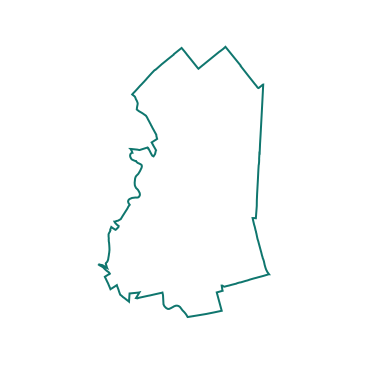 outline of Nuci, Ilfov, Romania, rotated 45°
{"feature_id": "2599482B37933054292549", "entity_name": "Nuci", "entity_type": "district", "adm_level": 2, "iso_a3": "ROU", "parent_name": "Romania", "parent_adm1": "Ilfov", "projection": "orthographic", "projection_center": [26.307, 44.722], "detail": "fine", "context": "isolated", "style": "outline", "palette": "teal", "viewbox_px": 384, "rotation_deg": 45, "n_neighbors": 0, "source": "geoboundaries", "source_scale": "gbopen_adm2", "svg_char_len": 5815}
<svg xmlns="http://www.w3.org/2000/svg" viewBox="0 0 384 384"><g transform="rotate(45 192 192)"><path d="M304.5,195.8L304.6,195.7L302.1,195.3L301.5,195.2L301.0,195.0L299.4,194.5L299.2,194.4L297.5,193.6L294.8,192.1L293.9,191.5L291.9,190.2L290.0,189.2L288.9,188.8L287.8,188.1L286.4,187.4L283.8,185.8L282.2,184.9L274.9,180.7L273.9,180.1L272.6,179.4L271.9,179.1L271.3,178.7L270.8,178.4L270.6,178.3L270.5,178.2L269.7,177.7L266.7,175.7L266.1,175.4L265.0,174.6L264.3,174.3L261.1,172.3L258.7,171.0L255.2,168.8L253.3,167.6L253.7,167.2L254.4,166.5L255.7,165.4L247.7,156.1L243.7,152.0L240.4,148.4L239.2,147.1L230.7,137.6L223.0,129.1L220.1,125.8L219.7,125.1L219.4,124.8L218.7,123.9L216.6,121.6L216.2,121.3L213.6,118.4L212.1,116.8L212.4,116.7L212.1,116.4L206.5,110.3L206.3,110.1L199.9,102.9L184.9,86.2L176.7,77.1L172.1,72.0L169.2,68.8L166.4,65.7L166.2,66.0L166.1,66.7L166.1,67.3L166.0,68.1L165.6,71.4L165.4,71.6L165.1,71.7L164.0,71.7L162.2,71.4L159.8,71.2L158.2,71.0L150.4,70.1L137.2,68.5L137.0,68.2L130.1,67.5L113.0,65.7L112.9,68.4L112.8,69.4L112.6,70.7L112.5,71.2L112.5,71.7L112.4,72.4L112.3,72.9L112.2,73.0L110.1,93.3L110.1,93.8L110.0,94.1L109.4,100.3L109.1,100.3L108.7,100.3L98.9,99.2L97.1,99.0L96.4,98.9L96.2,98.9L95.9,98.9L94.3,98.7L94.1,98.7L93.9,98.7L93.3,98.6L92.4,98.5L92.2,98.5L91.1,98.4L90.8,98.3L87.3,97.9L86.1,97.8L82.8,97.5L81.7,107.4L81.9,107.7L81.0,115.7L80.9,117.0L80.4,121.7L80.4,121.9L80.4,122.1L80.3,122.4L79.8,131.0L79.7,131.0L79.4,132.6L79.5,137.1L79.6,138.6L79.6,139.3L79.7,140.8L79.8,143.2L80.0,145.5L80.0,146.6L80.1,147.6L80.1,148.8L80.2,151.4L80.2,153.7L80.3,155.5L80.4,157.1L80.6,161.4L80.6,163.3L80.7,165.1L80.7,165.3L81.2,165.3L82.6,165.1L83.6,165.0L84.1,165.0L84.6,165.1L85.8,165.6L86.4,165.9L86.9,166.1L88.4,166.5L90.0,167.2L90.4,167.4L91.2,168.0L91.9,169.0L92.5,169.9L92.9,170.5L93.4,171.2L94.6,172.7L97.2,172.4L101.0,171.4L105.6,170.6L105.8,170.7L107.4,171.0L109.4,171.7L111.8,172.4L112.2,172.5L113.0,172.8L113.7,173.0L115.1,173.4L115.7,173.7L117.0,174.0L118.1,174.4L119.4,174.8L120.9,175.2L122.2,175.6L126.3,176.8L127.2,177.6L128.4,178.3L129.8,179.1L128.4,185.5L131.0,186.2L131.0,186.3L134.1,187.1L137.0,187.9L137.0,188.0L138.1,189.8L139.0,191.2L139.6,194.0L139.1,194.2L138.6,194.3L138.1,194.4L135.6,193.7L133.2,192.9L130.3,192.0L130.2,192.3L129.1,192.0L125.2,199.5L123.5,200.6L118.3,204.8L118.1,205.0L118.4,205.0L119.2,205.3L119.8,205.4L120.3,205.6L120.6,205.7L121.1,205.9L122.1,206.4L121.8,206.7L121.6,207.5L121.6,208.1L121.7,208.8L122.3,209.8L122.9,210.4L123.7,210.8L124.1,211.1L124.6,211.1L125.1,211.4L125.7,211.5L126.5,211.5L128.0,211.0L129.7,210.3L130.1,210.1L130.5,209.7L131.0,209.9L131.8,209.9L132.3,209.9L133.1,209.8L134.6,209.2L135.5,208.9L136.6,208.6L137.4,208.6L138.3,209.2L139.2,210.5L139.5,211.4L140.4,213.9L141.2,217.2L141.2,218.3L141.2,220.0L141.5,221.3L142.3,222.8L143.6,224.4L144.9,226.0L146.5,227.4L147.2,227.9L147.8,228.1L148.6,228.4L149.4,228.7L152.3,228.7L154.1,229.2L155.7,229.7L156.7,230.4L157.3,231.0L157.8,232.3L157.9,232.9L157.7,234.0L157.0,234.9L155.9,235.9L154.6,237.6L153.8,238.6L152.9,240.9L152.7,242.1L153.0,243.0L153.3,243.7L153.7,244.0L154.3,244.4L155.2,244.8L157.0,245.1L157.2,246.6L157.4,247.6L157.7,248.4L158.1,249.7L158.7,252.5L159.9,257.9L160.8,261.6L160.5,262.6L160.0,264.6L159.3,265.6L158.3,267.7L158.2,267.8L159.1,268.1L160.3,268.2L161.5,268.2L162.4,268.2L163.5,268.0L164.2,267.9L164.8,268.9L164.8,272.4L164.7,272.7L164.6,272.9L163.4,273.1L161.8,273.5L161.0,273.6L160.5,273.7L159.7,273.8L160.1,274.7L160.7,276.2L161.0,276.7L161.4,277.0L161.5,277.0L161.6,277.4L161.9,277.8L162.0,278.1L162.1,278.7L162.4,279.7L162.6,280.2L162.9,280.9L163.3,281.3L163.7,281.7L163.9,281.8L164.3,282.3L165.3,283.1L165.9,283.6L166.9,284.7L167.4,285.1L168.0,285.7L169.2,286.5L171.2,288.2L173.0,289.8L174.7,291.4L175.4,292.3L176.1,293.1L177.1,294.5L177.9,295.5L179.6,297.9L179.9,298.3L180.3,298.8L180.6,299.4L180.8,299.8L181.1,300.5L181.3,301.1L181.4,301.5L181.4,302.5L181.4,303.1L181.5,303.4L181.7,303.7L182.1,303.8L182.4,304.0L182.9,304.3L183.4,304.6L183.8,304.9L184.1,304.9L184.2,305.0L184.4,305.1L184.6,305.3L184.9,305.4L185.2,305.5L185.4,305.7L185.7,305.8L185.2,306.0L184.5,306.2L183.7,306.4L182.8,306.5L182.2,306.6L181.9,306.6L180.1,307.2L179.7,307.5L179.3,307.8L178.8,308.2L178.3,308.4L178.0,308.6L177.6,308.8L177.7,309.1L177.7,309.3L178.4,309.2L180.3,308.6L181.9,308.2L182.7,308.1L183.3,308.1L184.2,308.2L186.6,308.1L187.4,308.0L188.4,307.9L189.2,307.7L190.2,307.6L190.5,307.6L191.2,307.8L191.7,307.9L191.7,308.2L191.4,308.2L191.4,308.7L191.3,309.2L190.8,311.5L190.3,313.6L190.5,313.7L192.2,314.2L193.8,314.8L196.1,315.6L197.1,315.9L198.5,316.5L199.5,316.9L201.0,317.5L202.2,318.0L203.1,318.4L203.2,317.8L203.6,316.2L204.0,314.4L204.4,312.5L204.7,311.0L205.8,311.6L206.9,312.1L207.7,312.4L208.3,312.7L209.0,313.0L210.3,313.7L211.5,314.3L213.0,315.0L213.7,315.3L214.0,315.4L214.3,315.3L215.2,315.2L216.5,315.1L217.5,315.1L219.0,314.8L220.7,314.6L222.6,314.4L223.8,314.2L225.0,314.1L219.6,307.9L225.5,300.7L225.8,300.2L226.9,304.4L227.4,306.6L228.6,305.8L229.3,304.3L234.3,296.5L235.4,294.9L237.2,292.0L241.7,284.9L242.2,284.0L244.5,285.5L251.3,291.6L253.4,292.3L255.9,292.3L257.5,291.8L258.4,291.0L259.1,289.3L259.9,286.6L260.2,285.4L261.1,283.6L262.1,282.7L263.2,282.1L264.9,281.8L266.9,282.1L269.0,282.4L271.4,282.4L273.5,282.6L275.2,282.9L277.3,283.5L282.8,275.9L288.3,268.2L292.9,261.3L294.0,259.6L297.0,255.0L291.1,251.6L280.5,245.5L283.5,240.2L282.6,239.7L281.9,239.2L279.2,237.2L279.7,236.7L281.2,236.4L281.5,236.3L281.7,236.2L281.9,236.0L283.1,233.9L284.3,232.0L285.7,229.5L288.1,225.5L288.2,225.3L288.4,224.6L288.6,224.3L289.0,223.5L289.7,222.3L290.4,221.4L292.8,216.9L293.7,215.4L294.4,214.0L294.7,213.3L296.4,210.2L296.5,210.0L298.5,206.6L298.7,206.2L300.8,202.6L302.0,200.5L303.6,197.5L304.5,195.8Z" fill="none" stroke="#0f766e" stroke-width="2"/></g></svg>